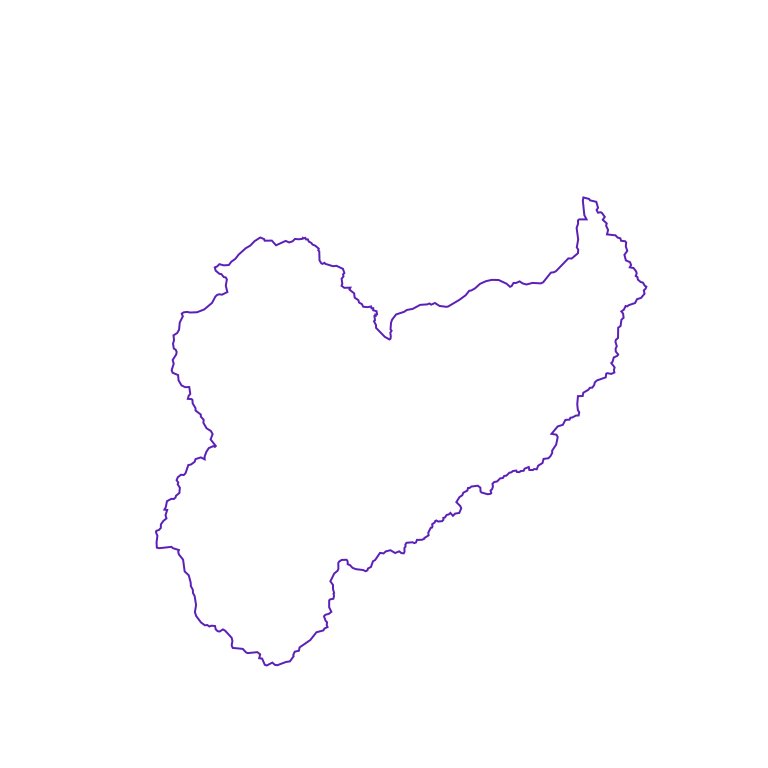 Pai, Mae Hong Son, Thailand (Robinson projection), rotated 59°
{"feature_id": "78962969B97978229640938", "entity_name": "Pai", "entity_type": "district", "adm_level": 2, "iso_a3": "THA", "parent_name": "Thailand", "parent_adm1": "Mae Hong Son", "projection": "robinson", "projection_center": [98.443, 19.365], "detail": "fine", "context": "isolated", "style": "outline", "palette": "violet", "viewbox_px": 768, "rotation_deg": 59, "n_neighbors": 0, "source": "geoboundaries", "source_scale": "gbopen_adm2", "svg_char_len": 6165}
<svg xmlns="http://www.w3.org/2000/svg" viewBox="0 0 768 768"><g transform="rotate(59 384 384)"><path d="M525.8,337.2L524.7,333.0L525.8,330.6L524.7,328.3L525.6,326.3L524.6,322.2L525.3,320.4L525.0,318.3L526.3,315.2L527.9,315.4L529.3,313.2L529.0,311.8L530.3,309.0L529.0,307.1L529.7,302.7L532.5,303.7L534.4,300.8L534.2,299.1L535.8,297.0L533.4,293.9L533.4,288.9L530.4,285.8L532.3,281.3L531.6,278.5L529.7,275.3L527.7,274.2L524.6,267.6L518.9,262.4L516.3,262.3L513.0,266.1L509.8,256.9L511.1,251.8L508.2,247.0L510.1,243.3L508.9,241.6L509.7,239.8L509.9,235.7L511.2,233.4L508.8,231.2L506.3,231.3L500.9,228.8L494.3,224.0L496.6,219.9L494.1,217.6L494.2,211.8L493.3,209.4L494.4,207.4L493.1,204.3L491.2,202.5L490.6,199.7L492.5,190.5L489.6,188.2L489.8,186.9L492.4,184.0L492.8,180.6L490.4,179.7L488.6,177.8L483.1,178.4L482.7,176.7L479.6,173.4L480.0,169.5L479.4,168.1L475.6,168.6L473.1,167.4L471.5,165.0L467.1,163.9L465.6,162.6L465.1,159.7L456.4,154.3L456.1,151.3L451.2,147.4L450.6,144.5L446.8,142.8L444.0,143.2L443.9,140.3L441.6,136.7L442.7,135.6L442.5,133.4L443.9,127.1L441.6,123.4L442.6,119.3L440.8,114.2L437.5,113.0L437.1,110.8L435.7,109.0L434.0,109.9L430.5,109.8L428.7,111.5L425.3,112.6L422.8,111.7L421.1,112.6L419.3,110.4L417.4,109.9L413.1,110.4L410.6,113.2L409.2,110.9L406.3,110.4L402.6,113.0L397.1,111.4L395.2,106.9L390.6,105.9L387.4,103.5L385.8,103.8L383.4,107.0L380.8,106.4L378.9,108.3L375.8,109.0L370.6,115.8L367.4,112.6L362.7,112.1L361.1,110.4L355.9,111.9L354.5,108.7L349.7,109.1L348.3,109.9L347.4,112.3L344.4,112.2L343.2,109.8L337.2,108.2L332.7,112.8L331.0,112.9L326.8,117.0L329.4,119.2L342.4,125.3L347.2,125.6L343.4,132.0L343.7,133.5L346.6,135.1L349.4,138.5L360.1,143.1L366.2,148.4L368.8,148.3L371.8,150.4L373.1,158.5L371.3,161.3L375.8,178.2L375.8,180.5L374.5,183.6L378.8,195.2L378.5,197.8L373.8,204.7L372.1,210.6L369.1,213.4L365.9,214.9L365.4,218.8L364.1,220.9L365.8,224.2L365.6,225.9L361.1,227.3L353.9,232.2L350.2,238.1L348.4,243.6L347.6,250.1L348.9,256.7L348.8,261.0L348.0,262.9L350.0,268.4L350.7,276.3L350.6,288.9L350.1,290.6L345.7,296.2L340.8,298.6L340.3,302.7L338.4,303.6L338.0,306.0L334.8,312.2L334.4,320.7L332.3,326.3L332.5,329.6L330.6,337.8L333.0,343.9L335.1,346.4L340.4,350.2L342.3,350.1L343.2,352.1L346.8,353.7L348.6,355.2L348.7,356.3L344.1,359.0L331.8,361.9L329.4,360.5L325.1,360.3L324.7,358.9L320.8,357.2L321.3,355.9L320.0,355.6L320.7,354.1L317.8,352.9L315.2,355.3L313.5,354.2L312.7,355.7L310.9,355.1L309.8,358.3L307.1,362.0L304.1,361.8L301.4,363.4L298.8,362.8L294.9,364.7L290.9,362.9L285.3,365.0L284.1,363.2L281.1,368.5L277.9,369.8L276.6,368.1L271.9,366.1L271.0,363.4L268.9,362.6L268.5,360.8L264.1,359.9L258.2,363.9L256.8,367.0L250.8,372.4L249.5,372.6L249.3,374.9L248.2,375.6L244.8,375.6L237.0,371.2L235.5,371.5L234.4,370.2L230.0,371.7L227.6,373.5L225.7,373.6L223.2,375.1L220.8,374.8L220.0,376.3L218.2,376.2L217.8,378.0L216.9,378.3L217.4,379.6L216.0,382.6L213.8,385.6L214.6,388.9L213.8,392.4L210.7,394.6L209.5,405.1L203.3,406.3L199.7,412.5L198.1,412.1L194.7,414.6L194.9,421.4L196.5,427.3L196.4,432.5L198.2,441.9L200.2,447.1L200.5,451.8L202.1,455.7L199.8,460.2L196.5,463.4L197.3,466.6L196.9,469.0L200.2,469.9L204.8,468.3L206.1,466.8L209.8,466.3L211.1,464.8L213.4,464.8L218.3,469.0L224.5,470.9L224.0,476.9L222.3,478.9L221.7,481.1L222.2,483.5L225.9,489.6L227.5,499.7L226.2,507.3L222.8,513.5L220.8,515.6L219.4,518.8L219.5,521.1L222.4,521.6L226.1,527.4L231.9,531.7L233.8,535.0L233.9,539.4L238.3,541.4L240.8,544.1L245.3,545.9L247.4,544.9L249.7,545.2L251.6,546.8L254.6,552.8L258.3,553.8L262.8,558.9L265.5,559.4L270.3,555.9L275.0,558.2L280.9,558.3L284.3,556.1L286.3,552.5L292.8,555.2L293.5,557.5L295.7,559.8L297.9,556.7L299.0,556.4L302.1,558.0L307.6,558.0L309.7,559.2L315.8,556.8L317.7,557.8L321.7,557.0L324.3,558.8L330.6,558.9L335.1,556.6L338.7,556.7L342.2,561.2L350.5,560.1L350.8,561.3L349.3,562.4L348.7,567.2L350.7,571.3L353.9,575.2L356.2,576.5L352.6,578.8L351.3,584.2L353.2,586.5L353.6,590.9L352.7,593.5L358.2,600.0L358.9,602.5L357.2,604.8L357.7,608.7L359.6,611.3L362.5,611.1L363.7,612.5L367.8,612.4L372.0,615.5L372.7,619.9L373.9,621.1L374.3,623.4L372.9,625.5L372.7,630.4L377.1,634.4L378.6,636.9L380.3,634.7L383.9,638.8L387.2,639.7L387.7,643.6L389.4,647.5L392.5,649.5L393.2,652.3L392.6,654.7L393.5,655.8L397.4,656.4L402.7,660.6L407.3,663.0L409.0,661.2L414.1,650.1L416.0,649.5L420.7,645.3L421.8,646.8L424.4,647.6L431.1,646.7L442.0,651.4L447.4,649.9L454.7,652.0L457.9,653.7L461.8,653.8L464.8,655.4L468.1,655.5L476.6,658.9L482.2,663.6L486.1,664.5L494.1,663.7L498.6,661.8L499.6,659.6L501.9,658.6L502.3,656.4L504.4,653.5L507.7,654.6L510.2,653.9L511.5,652.4L511.4,648.5L513.7,647.2L523.1,645.3L526.2,646.3L529.6,649.2L532.3,649.6L538.3,641.5L543.0,640.5L544.5,639.4L548.6,630.7L552.0,629.4L554.8,632.2L556.6,629.9L563.3,630.8L564.9,629.4L565.3,623.2L568.7,622.1L570.1,620.2L571.8,611.1L573.3,607.5L570.8,601.7L569.5,601.3L567.5,598.4L568.8,594.3L566.3,592.0L565.5,579.0L562.0,569.8L564.0,562.9L562.9,560.9L563.3,557.6L561.0,557.2L558.9,555.5L557.0,556.0L552.2,555.1L551.6,553.1L552.6,549.8L552.2,546.5L547.1,546.0L541.2,542.4L540.9,541.0L542.0,538.0L539.8,535.9L537.9,535.4L537.5,534.4L533.4,533.3L530.0,531.2L525.5,531.6L520.8,524.2L520.2,520.1L519.0,518.3L513.9,515.4L513.1,514.0L513.0,510.9L515.4,506.6L517.2,506.5L519.8,507.9L521.8,506.4L525.3,505.7L528.1,503.6L532.7,497.7L535.0,496.2L535.2,494.2L533.9,492.8L534.1,489.4L530.3,484.8L530.3,482.2L526.7,474.4L529.0,471.6L528.4,468.7L529.8,464.1L534.6,461.5L535.3,457.1L537.9,456.2L539.3,454.3L538.4,452.8L535.1,451.0L534.4,449.2L532.6,448.4L531.7,446.5L534.4,441.0L536.0,440.0L536.3,438.2L534.6,436.0L537.1,431.7L537.4,429.1L536.8,428.7L536.7,423.7L534.3,422.7L531.3,418.0L531.8,417.0L531.3,416.0L529.0,414.9L528.8,411.8L527.9,410.8L527.9,409.5L529.8,408.4L531.5,404.8L531.0,403.0L529.3,402.1L529.8,400.4L528.5,397.8L529.2,395.4L528.7,393.5L532.5,392.8L531.7,389.8L533.3,385.9L530.3,381.8L527.9,381.5L522.5,382.8L519.8,377.5L519.7,374.2L518.0,372.0L518.3,367.5L516.4,365.5L517.2,364.3L516.9,361.9L519.5,356.0L522.4,354.8L525.9,356.6L527.1,356.4L531.9,351.9L533.0,349.2L532.7,348.2L530.2,347.5L529.8,345.5L528.1,343.5L525.4,342.4L524.8,339.9L525.8,337.2Z" fill="none" stroke="#5b21b6" stroke-width="2"/></g></svg>